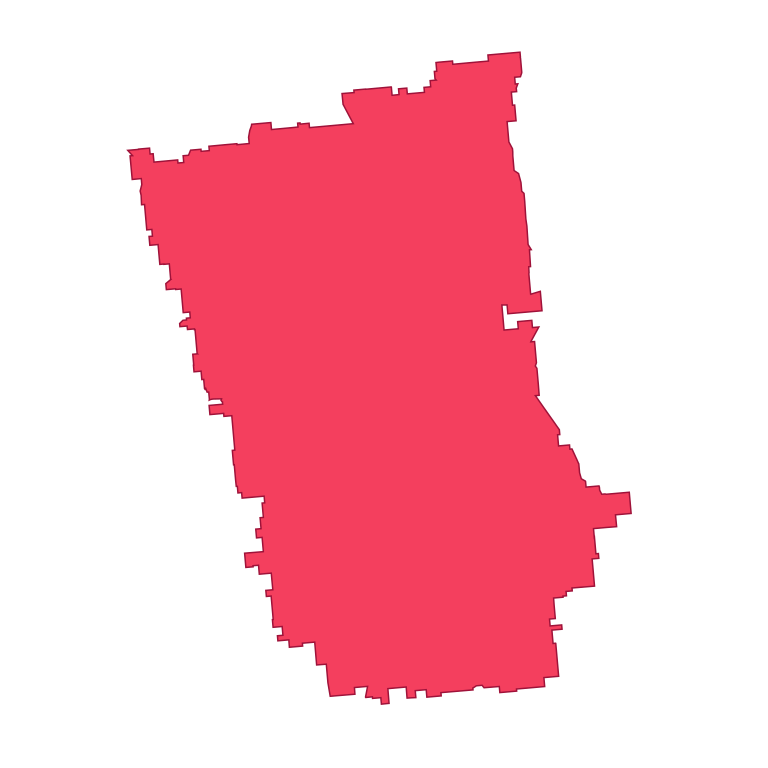 the district of Narrogin, Western Australia, Australia, rotated 85°
{"feature_id": "25037944B27145137337674", "entity_name": "Narrogin", "entity_type": "district", "adm_level": 2, "iso_a3": "AUS", "parent_name": "Australia", "parent_adm1": "Western Australia", "projection": "albers", "projection_center": [117.255, -32.997], "detail": "fine", "context": "isolated", "style": "filled", "palette": "rose", "viewbox_px": 768, "rotation_deg": 85, "n_neighbors": 0, "source": "geoboundaries", "source_scale": "gbopen_adm2", "svg_char_len": 4985}
<svg xmlns="http://www.w3.org/2000/svg" viewBox="0 0 768 768"><g transform="rotate(85 384 384)"><path d="M65.3,219.6L65.3,224.4L65.3,242.4L65.3,251.8L71.4,251.8L71.4,261.3L71.4,265.1L71.5,287.6L68.2,287.6L68.2,298.7L68.2,301.5L68.3,304.2L77.0,304.2L77.0,306.6L84.3,306.6L85.8,305.5L85.8,311.6L92.0,311.6L92.0,318.3L97.0,318.3L97.0,335.5L91.2,335.5L91.2,343.8L97.0,343.8L97.1,350.8L88.8,350.8L88.7,350.9L88.8,376.7L88.6,376.7L88.6,388.4L91.1,388.4L91.0,400.5L102.0,400.4L102.3,400.2L112.3,396.0L122.0,391.9L122.1,435.9L117.7,435.9L117.8,444.9L116.6,444.9L116.6,447.3L120.5,447.3L120.6,453.9L120.7,473.9L113.7,473.9L113.7,493.2L115.4,493.6L119.7,495.6L126.4,497.4L132.7,497.3L132.8,509.6L131.8,509.6L131.8,520.0L131.9,537.7L136.3,537.7L136.3,545.9L134.2,545.9L134.2,556.1L134.2,556.3L139.1,558.8L139.1,564.2L145.9,564.2L145.9,570.0L142.8,570.0L142.9,593.8L134.5,593.9L134.5,597.0L128.6,597.0L128.6,608.0L128.9,608.0L128.9,618.9L134.6,614.6L134.6,617.1L158.3,617.0L158.3,616.7L158.2,607.9L161.5,607.9L164.2,607.9L170.5,610.1L174.9,609.5L184.3,609.9L184.3,606.9L188.9,606.9L200.3,606.9L202.1,606.9L209.8,606.9L209.8,602.0L209.8,601.8L210.0,601.8L216.6,601.8L216.5,605.2L225.4,605.2L225.4,601.0L225.4,600.8L225.4,596.9L245.3,596.9L245.3,592.8L245.6,592.8L245.6,587.4L261.1,587.4L261.2,587.2L265.0,592.6L271.0,592.6L271.0,583.3L271.7,583.3L271.7,577.8L286.6,577.8L295.4,577.8L295.4,571.2L300.1,571.2L301.2,571.2L301.2,575.1L303.0,575.1L303.0,578.7L305.9,582.3L309.1,582.3L309.1,575.1L312.6,575.0L312.6,568.1L313.4,568.1L313.4,567.5L337.5,567.5L337.7,567.3L337.7,571.9L348.7,571.9L348.7,572.2L355.3,572.2L355.3,565.1L363.7,565.1L363.7,563.2L364.1,563.2L370.0,563.2L372.9,563.2L373.7,562.7L372.9,562.0L376.7,560.9L376.8,559.3L383.8,559.3L384.0,559.3L384.8,559.5L384.4,558.4L384.2,557.3L384.1,556.2L384.1,555.2L384.6,547.1L384.9,547.2L386.0,547.8L387.4,547.0L387.7,546.5L390.1,546.5L390.1,560.1L399.3,560.1L399.3,546.3L402.3,546.3L402.3,538.4L424.4,538.4L436.9,538.4L436.9,540.9L451.4,540.9L451.4,540.2L466.4,540.2L473.1,540.1L473.2,539.0L479.8,539.0L479.8,535.3L485.3,535.3L485.3,524.5L485.3,513.2L492.0,513.2L492.0,515.8L506.4,515.8L506.4,519.1L517.4,519.1L517.4,524.4L526.2,524.4L526.2,518.8L540.5,518.8L540.4,535.6L540.4,537.6L554.7,537.6L554.7,536.9L554.7,530.3L553.6,530.3L553.6,524.8L562.6,524.8L562.6,512.8L579.1,512.7L579.3,512.7L579.3,519.7L585.4,519.7L585.4,514.9L609.0,514.9L609.0,515.7L616.7,515.7L616.7,506.6L621.1,506.6L625.5,506.6L625.5,512.1L630.6,512.1L630.6,501.1L638.0,501.2L638.0,487.9L635.1,487.9L635.1,487.7L635.1,475.5L658.0,475.6L658.1,465.9L676.8,465.9L690.4,464.8L690.4,459.0L690.5,440.0L683.8,439.9L683.8,426.7L694.3,429.7L694.7,429.5L694.6,422.8L696.2,422.8L696.2,414.5L702.7,414.5L702.6,407.9L702.6,406.8L687.8,406.7L687.8,403.2L687.8,400.2L687.8,397.2L687.8,390.8L687.8,388.3L696.6,388.4L698.9,388.4L699.0,383.8L699.2,379.6L692.2,379.6L692.2,368.6L695.7,368.6L699.7,368.6L699.7,354.2L696.4,354.2L696.5,322.0L694.6,322.0L694.0,320.7L692.7,318.3L692.7,312.5L694.6,311.3L694.9,311.0L695.3,310.8L695.4,295.5L701.5,295.5L701.5,278.6L699.4,278.6L699.4,265.3L699.4,265.1L699.4,250.3L690.4,250.3L690.4,235.5L672.8,235.5L657.4,235.5L657.2,235.6L657.2,238.2L643.8,238.2L643.8,228.0L639.5,228.0L639.5,239.6L632.6,239.6L632.6,233.8L627.5,233.8L619.1,233.8L612.0,233.7L612.0,224.2L610.9,224.2L610.9,220.7L606.5,220.7L606.5,214.5L603.6,214.5L603.7,191.9L592.8,191.9L576.7,191.9L576.4,191.9L576.4,185.2L571.6,185.2L571.6,187.7L567.2,187.7L558.4,187.7L555.0,187.7L555.2,187.9L546.3,187.9L546.3,174.7L546.4,164.7L534.5,164.8L534.5,164.5L534.5,149.1L526.6,149.1L513.2,149.1L513.2,155.3L513.2,158.2L513.2,164.7L513.2,170.3L513.2,172.4L513.0,172.6L512.8,173.6L512.8,176.7L508.6,178.4L505.6,178.4L504.3,178.7L504.3,191.7L498.7,191.7L498.3,191.8L495.6,195.7L489.5,196.9L487.9,196.9L481.6,196.9L480.5,196.9L479.6,197.3L476.6,198.3L465.1,202.4L465.1,204.5L460.9,204.5L460.9,215.5L449.7,215.5L449.7,213.3L444.8,213.3L440.9,215.6L435.7,218.6L422.0,226.6L418.7,228.5L408.8,234.2L408.8,233.9L408.8,230.4L398.1,230.3L387.2,230.3L381.7,230.3L379.3,231.7L376.1,230.3L354.8,230.3L354.8,234.1L354.6,234.0L340.7,224.8L340.7,231.2L333.5,231.2L333.5,245.4L340.7,245.4L340.7,259.7L337.1,259.7L315.6,259.7L316.0,254.5L324.8,254.5L324.8,231.2L324.8,229.7L324.8,220.2L305.3,220.2L307.2,229.3L307.7,230.4L307.3,230.1L299.7,230.1L295.9,230.1L295.5,230.1L295.2,230.1L286.8,230.1L285.8,229.8L285.6,229.8L279.8,229.6L279.8,227.8L263.0,227.4L263.0,225.6L258.4,227.9L257.8,228.2L257.6,228.3L239.1,227.9L235.5,228.1L232.0,228.3L231.9,228.3L223.1,228.1L214.4,227.9L206.4,227.9L206.2,228.0L204.0,230.0L195.2,230.0L186.1,231.6L182.7,235.8L175.3,235.8L168.0,235.8L164.0,235.5L160.8,235.5L153.8,238.5L144.5,238.5L133.5,238.5L133.3,238.5L133.3,229.5L117.5,229.5L117.5,231.7L104.3,231.7L104.3,226.4L100.8,226.5L96.8,224.6L96.6,224.5L96.6,227.1L89.8,227.1L89.8,221.3L87.9,220.5L86.6,219.9L85.5,219.6L83.2,219.6L71.3,219.6L70.6,219.8L70.2,219.6L65.3,219.6Z" fill="#f43f5e" stroke="#9f1239" stroke-width="1.5"/></g></svg>